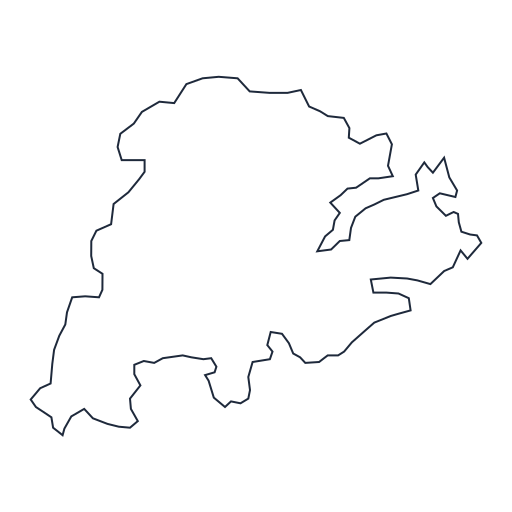 Goseong-gun, South Gyeongsang, South Korea (Equal Earth projection)
{"feature_id": "91817680B97433571779884", "entity_name": "Goseong-gun", "entity_type": "district", "adm_level": 2, "iso_a3": "KOR", "parent_name": "South Korea", "parent_adm1": "South Gyeongsang", "projection": "equal_earth", "projection_center": [128.32, 35.009], "detail": "fine", "context": "isolated", "style": "outline", "palette": "slate", "viewbox_px": 512, "rotation_deg": 0, "n_neighbors": 0, "source": "geoboundaries", "source_scale": "gbopen_adm2", "svg_char_len": 2088}
<svg xmlns="http://www.w3.org/2000/svg" viewBox="0 0 512 512"><path d="M113.6,204.0L111.1,224.2L96.4,230.7L91.3,241.0L91.2,256.0L93.8,268.2L102.5,273.8L102.4,289.8L99.0,297.3L85.2,296.3L72.2,297.3L67.0,312.3L65.3,324.5L59.3,335.7L54.1,349.8L52.3,363.8L50.6,383.5L40.2,388.2L30.7,399.5L35.9,407.0L51.4,417.3L53.1,427.7L62.6,435.2L64.4,428.6L71.3,416.4L84.2,408.9L92.9,418.3L107.5,423.9L118.8,426.7L130.0,427.7L137.8,421.1L130.9,408.9L130.0,398.6L140.4,385.4L134.3,374.2L134.3,364.8L143.8,361.0L154.2,362.9L162.8,358.2L182.7,355.4L191.3,357.3L203.4,359.2L211.2,358.2L216.4,366.7L214.6,372.3L205.1,375.1L208.6,380.7L213.8,397.6L225.0,407.0L231.0,401.4L240.5,403.3L248.3,398.6L250.0,390.1L248.3,377.0L252.6,362.0L269.9,359.2L272.5,351.6L267.3,345.1L270.7,332.0L282.0,333.8L288.9,343.2L293.2,353.5L300.1,357.3L305.3,362.9L311.3,362.5L319.1,362.0L324.0,358.2L327.7,355.4L328.9,355.4L338.1,355.4L344.1,351.6L345.2,350.3L351.9,342.3L363.9,331.7L368.9,327.3L374.3,322.6L390.7,316.0L395.5,314.6L399.0,313.6L410.6,310.4L408.8,298.2L398.5,293.5L386.4,292.6L373.4,292.6L370.8,279.5L390.7,277.6L407.1,278.5L417.4,280.4L430.4,284.1L444.2,271.0L452.8,267.3L460.6,250.4L467.5,258.8L481.3,242.9L477.0,235.4L470.1,234.5L461.4,231.7L458.8,222.3L458.0,213.9L453.6,212.0L445.9,215.8L436.4,206.4L432.9,198.0L439.8,193.3L455.4,197.0L457.1,190.5L449.3,177.4L444.1,157.7L432.9,172.7L427.7,167.1L424.3,162.4L415.7,174.6L418.3,190.5L407.0,194.2L383.8,199.8L374.3,204.5L365.6,208.3L355.3,216.7L351.0,227.9L349.3,240.1L339.8,241.0L331.1,249.5L317.3,251.3L325.1,236.4L332.9,229.8L334.6,220.4L339.8,212.9L330.3,202.6L340.6,195.2L347.5,188.6L356.1,187.7L363.0,183.0L369.9,178.3L378.6,178.3L392.8,176.2L388.0,165.8L391.9,144.3L386.4,133.5L376.4,135.3L359.9,143.7L348.8,137.7L349.4,128.1L343.8,117.9L327.8,116.1L320.1,111.3L309.1,106.5L300.9,90.0L287.4,92.9L269.9,92.9L249.7,91.4L237.6,78.3L218.7,76.8L202.6,78.3L186.4,84.1L174.2,103.1L159.4,101.7L141.9,111.9L133.8,123.6L120.3,133.8L117.6,147.0L121.7,160.1L144.6,160.1L144.6,171.8L139.2,179.1L128.4,192.3L113.6,204.0Z" fill="none" stroke="#1e293b" stroke-width="2"/></svg>